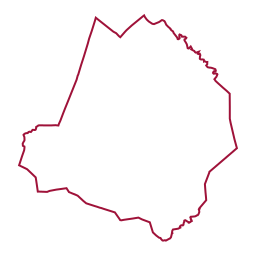 San Pedro Amuzgos, Oaxaca, Mexico
{"feature_id": "50627088B31860900059957", "entity_name": "San Pedro Amuzgos", "entity_type": "district", "adm_level": 2, "iso_a3": "MEX", "parent_name": "Mexico", "parent_adm1": "Oaxaca", "projection": "albers", "projection_center": [-98.077, 16.678], "detail": "fine", "context": "isolated", "style": "outline", "palette": "rose", "viewbox_px": 256, "rotation_deg": 0, "n_neighbors": 0, "source": "geoboundaries", "source_scale": "gbopen_adm2", "svg_char_len": 3749}
<svg xmlns="http://www.w3.org/2000/svg" viewBox="0 0 256 256"><path d="M165.8,240.6L166.3,240.4L167.3,239.8L169.8,238.5L170.1,238.4L170.4,238.0L170.5,237.8L170.8,237.5L171.0,237.2L171.8,233.9L172.2,233.4L171.9,233.3L172.3,230.7L173.0,229.5L175.6,229.1L178.5,228.6L179.2,228.1L180.4,227.6L180.4,227.3L179.9,226.8L180.1,226.4L180.2,226.1L180.7,225.6L181.0,225.4L181.4,225.3L182.0,225.2L182.6,225.3L182.8,225.4L183.5,224.7L183.5,224.3L183.6,223.5L183.8,222.7L184.0,222.3L184.2,222.1L184.2,221.7L184.2,221.0L184.3,220.6L184.7,220.4L185.2,220.2L185.7,220.4L187.6,221.7L188.8,222.2L188.8,222.7L189.1,222.7L189.4,222.6L189.7,222.3L189.9,222.1L190.3,222.0L190.4,221.9L190.5,221.8L191.4,221.2L191.6,221.1L191.6,220.8L191.4,220.5L191.6,220.5L190.3,217.4L190.4,217.2L190.6,217.0L190.7,216.8L195.0,216.4L196.3,215.8L196.5,215.6L196.8,215.4L197.0,215.3L197.7,215.2L198.1,214.7L198.3,214.4L198.6,213.9L199.3,212.0L199.2,210.9L199.0,210.0L198.9,209.5L198.8,209.3L199.0,209.0L199.1,208.8L199.7,208.6L199.5,208.1L206.2,200.2L206.0,197.3L205.5,192.2L204.9,184.1L209.3,172.5L209.3,172.3L209.4,171.8L223.4,159.8L236.9,148.2L234.5,139.4L232.2,129.6L230.6,122.8L229.8,118.7L229.8,111.6L229.8,106.5L229.7,93.7L226.5,90.7L223.0,87.7L219.0,84.1L215.6,81.0L215.2,80.3L214.4,79.2L216.4,76.8L217.1,75.2L217.3,74.5L217.4,74.3L217.2,74.0L216.3,73.6L214.8,73.5L214.3,73.6L214.1,73.7L213.6,73.7L213.0,72.9L213.3,72.1L213.8,71.4L214.2,71.2L215.2,71.4L215.6,71.3L215.8,70.5L215.3,69.2L212.4,68.1L210.9,67.7L209.3,67.6L207.6,67.2L206.2,65.5L206.7,64.8L207.2,64.3L207.3,62.0L206.5,62.1L204.6,61.2L204.0,61.5L203.8,59.7L202.6,59.4L201.2,59.5L200.8,59.4L199.9,58.9L199.8,58.7L200.0,56.2L200.3,55.7L200.2,54.6L199.8,53.8L198.7,54.1L197.9,53.8L198.2,52.8L198.8,51.7L196.0,52.7L195.1,52.2L194.3,51.0L191.3,49.4L191.9,48.6L190.7,46.5L188.9,48.4L188.5,48.5L187.7,48.2L186.8,44.3L185.9,42.6L184.5,40.4L184.5,39.4L186.0,38.5L186.4,37.8L185.1,36.7L182.9,36.7L182.5,36.7L181.9,36.7L181.7,36.4L181.7,35.9L181.3,35.2L179.6,34.5L179.3,34.9L179.3,36.2L179.3,37.0L179.7,37.9L179.5,38.5L178.5,39.2L177.7,39.1L177.2,37.6L174.9,34.6L174.3,33.9L174.0,33.4L173.5,32.8L173.1,31.5L171.3,30.2L170.4,29.0L170.5,28.9L169.9,28.2L168.3,26.9L166.2,24.7L165.2,22.4L164.5,21.2L164.3,21.0L164.0,20.9L163.4,20.6L162.8,20.2L162.1,20.1L161.8,20.1L160.2,21.3L158.9,22.1L155.2,23.6L154.0,24.1L153.5,24.0L152.3,23.8L150.5,22.6L149.6,22.0L148.8,21.5L146.7,19.5L144.9,17.0L144.1,15.4L142.7,16.5L131.7,25.5L126.6,30.1L125.1,31.7L120.3,37.2L119.0,36.2L116.2,33.2L113.4,31.7L110.0,29.0L98.5,19.9L95.8,17.7L95.0,20.6L91.8,30.8L89.1,38.7L87.8,43.6L83.8,56.7L81.2,64.7L79.3,71.0L79.0,72.0L78.2,74.7L77.7,75.6L76.6,79.7L72.6,89.7L72.2,90.7L67.8,101.7L65.2,108.1L63.2,113.2L60.4,120.6L58.9,123.9L58.4,125.5L55.6,125.2L51.1,125.4L44.1,125.4L41.2,125.3L39.0,125.3L38.1,125.6L37.6,126.1L36.2,126.9L36.1,127.3L36.2,127.9L35.9,128.8L35.9,129.1L35.5,129.8L34.9,130.0L34.3,130.0L34.1,129.9L32.5,129.9L31.6,131.2L30.9,132.0L30.6,131.9L30.3,131.9L29.4,131.7L28.4,132.1L27.9,132.9L27.4,133.1L26.3,133.1L24.5,133.8L23.5,134.9L24.4,137.1L24.5,139.6L24.4,140.6L23.7,141.6L22.7,143.6L22.9,145.8L24.4,146.5L24.5,147.4L24.2,150.0L24.0,150.7L22.0,156.4L19.1,165.3L27.1,169.2L33.0,174.8L35.7,177.4L36.2,180.5L36.7,183.9L37.8,191.6L39.3,191.6L47.1,191.9L49.6,190.9L56.4,189.6L58.7,189.3L61.6,188.9L66.5,188.2L69.0,192.1L76.4,195.1L77.7,195.7L83.3,200.9L86.2,203.3L94.9,206.1L96.9,206.7L99.8,207.7L101.2,208.0L103.5,208.8L114.9,212.4L118.1,217.0L119.1,218.4L120.2,220.1L121.4,220.3L124.0,219.8L127.4,219.3L133.0,218.5L138.4,217.6L142.0,219.4L147.9,221.6L149.8,222.3L152.9,232.4L156.2,235.5L159.1,237.7L160.5,238.0L160.9,238.7L161.4,239.4L162.4,240.4L162.9,240.6L163.7,240.5L165.0,240.2L165.8,240.6Z" fill="none" stroke="#9f1239" stroke-width="2"/></svg>